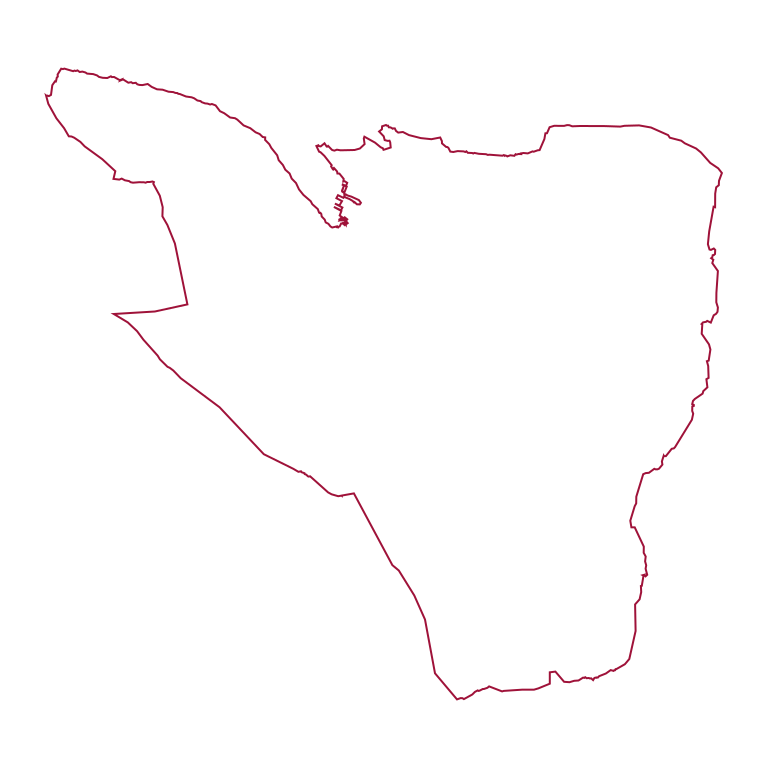 Orkdal nor, Sør-Trøndelag, Norway (Mercator projection), rotated 270°
{"feature_id": "86288312B5608393876733", "entity_name": "Orkdal nor", "entity_type": "district", "adm_level": 2, "iso_a3": "NOR", "parent_name": "Norway", "parent_adm1": "Sør-Trøndelag", "projection": "mercator", "projection_center": [9.781, 63.297], "detail": "fine", "context": "isolated", "style": "outline", "palette": "rose", "viewbox_px": 768, "rotation_deg": 270, "n_neighbors": 0, "source": "geoboundaries", "source_scale": "gbopen_adm2", "svg_char_len": 6085}
<svg xmlns="http://www.w3.org/2000/svg" viewBox="0 0 768 768"><g transform="rotate(270 384 384)"><path d="M454.0,113.8L445.6,127.8L436.8,137.1L428.3,143.4L412.3,157.7L408.7,159.9L401.2,167.5L400.2,169.7L397.5,173.3L389.8,180.7L360.8,219.5L313.8,263.8L299.2,293.3L296.2,298.4L296.7,301.0L295.8,301.5L294.8,304.5L293.9,304.7L293.3,306.3L291.7,307.9L291.4,308.7L291.7,310.1L275.6,328.1L273.7,331.6L271.8,338.2L272.4,341.7L272.1,342.0L272.5,342.1L274.6,353.9L202.8,392.4L197.5,398.8L172.5,414.3L148.5,425.0L94.7,435.0L68.6,457.0L69.9,460.6L69.8,462.5L68.9,463.9L73.5,472.3L76.1,474.9L77.6,477.7L77.1,478.4L77.3,479.5L79.0,482.8L79.0,483.9L80.2,487.4L81.6,489.1L76.6,502.1L77.1,503.7L78.3,521.7L78.3,533.9L79.6,538.3L84.3,549.8L95.7,549.8L96.4,555.4L86.2,564.1L85.8,569.5L87.2,574.2L87.5,578.5L90.4,583.1L90.1,584.3L90.8,585.2L89.8,586.6L90.0,588.8L89.5,590.0L89.7,591.1L87.9,593.1L90.0,594.4L90.4,595.4L90.2,596.3L90.6,596.8L90.4,597.8L91.8,599.1L94.5,605.9L97.9,610.7L97.1,613.6L97.7,614.1L97.8,615.1L98.9,615.6L98.9,616.3L103.8,624.9L109.0,629.3L137.0,635.6L163.6,635.1L168.7,639.6L175.9,641.2L182.0,640.9L182.2,641.8L192.4,643.5L192.8,642.8L193.3,644.5L192.1,644.2L192.2,645.2L191.7,645.6L193.2,647.2L199.3,645.6L202.7,646.2L206.6,645.1L211.5,645.7L215.2,643.7L221.4,643.8L240.7,634.7L240.7,631.4L247.3,630.3L261.8,634.7L264.6,636.2L271.3,636.3L293.8,643.2L294.9,645.7L295.2,648.9L299.2,654.3L298.7,655.5L298.7,657.5L299.3,659.0L303.4,662.4L306.6,661.9L312.3,663.7L311.9,663.9L311.9,665.9L319.2,671.7L319.6,673.8L320.8,675.0L348.3,691.9L354.3,693.2L357.1,692.2L361.6,692.3L362.1,693.8L363.1,693.8L363.9,692.2L367.1,693.0L369.1,694.9L374.4,702.6L376.9,703.3L380.7,707.4L388.8,706.4L390.1,708.6L402.0,708.2L406.8,706.9L407.4,708.7L418.5,710.4L423.6,709.0L434.2,701.7L443.6,702.3L444.0,701.6L445.6,703.0L446.2,706.1L447.1,707.2L445.4,710.8L452.7,713.7L454.2,716.1L456.2,717.5L460.5,717.9L465.7,716.3L475.1,716.4L497.0,717.9L504.9,712.3L508.3,713.3L509.8,711.2L510.8,712.3L512.8,712.7L513.0,713.9L514.0,715.0L518.1,715.2L519.5,713.8L518.1,710.9L518.5,709.5L523.8,707.9L536.6,709.2L561.3,713.6L560.8,715.1L574.4,715.2L580.7,716.2L582.8,718.8L587.2,719.0L595.0,721.9L599.7,718.2L605.1,710.2L615.6,700.9L619.5,696.1L624.7,684.8L627.3,681.3L630.3,669.8L632.9,668.1L640.5,651.0L642.6,639.1L642.2,624.5L641.4,620.3L641.9,605.2L642.0,580.1L641.7,572.2L642.8,569.3L642.9,567.1L642.1,564.0L642.2,554.2L640.8,549.6L634.8,547.0L634.7,545.4L629.0,544.4L617.9,539.6L617.7,537.7L616.3,533.7L616.6,532.5L614.6,527.8L615.0,523.5L614.6,520.9L613.9,521.1L614.0,518.5L613.4,516.5L613.8,515.6L612.2,514.4L612.7,510.3L611.6,507.3L612.1,506.8L612.7,504.5L612.4,504.4L612.9,503.7L612.3,502.5L613.3,489.5L613.1,487.8L613.8,486.0L614.2,478.8L615.1,474.3L614.5,473.2L615.0,472.2L615.2,467.8L616.7,466.4L616.0,465.3L616.6,463.7L616.9,457.6L616.0,453.3L616.4,450.3L620.0,448.5L620.9,447.5L621.1,446.1L624.6,442.0L626.9,441.9L630.5,440.2L628.8,431.4L629.9,420.8L632.9,409.0L636.0,402.9L635.4,398.2L637.1,396.0L639.6,394.8L639.6,393.0L639.3,392.7L640.6,390.6L640.7,388.8L642.3,388.1L642.3,386.9L643.0,386.0L641.7,382.1L638.7,381.9L636.5,379.1L631.7,383.7L627.9,384.7L627.1,387.8L627.3,389.5L625.7,390.2L620.5,390.7L618.5,384.6L618.2,383.5L619.7,382.9L620.8,380.6L625.4,375.0L631.3,364.4L629.5,363.8L623.9,364.6L619.5,359.9L618.0,354.6L617.7,340.5L618.3,336.9L617.4,334.5L617.7,333.1L618.1,332.0L622.1,328.1L621.4,327.4L621.4,326.7L624.7,324.5L621.6,320.7L622.0,318.5L622.7,318.3L622.0,316.4L616.3,319.1L615.8,320.5L612.1,324.4L602.8,331.7L601.6,331.1L599.0,332.7L597.7,333.9L599.1,332.8L600.1,333.9L596.5,337.1L594.5,337.4L594.4,339.4L589.1,343.7L586.5,343.3L586.8,344.6L585.2,347.2L582.1,346.0L583.5,342.8L583.1,342.7L581.4,346.7L575.3,344.3L577.1,342.2L581.7,343.7L577.4,342.0L576.5,342.1L575.0,344.2L572.6,344.4L573.6,345.8L572.5,347.6L571.4,351.3L567.9,358.9L565.2,360.9L563.6,359.8L563.7,356.9L565.9,354.6L566.1,354.2L564.9,354.7L567.1,352.6L568.9,349.6L570.9,344.7L572.0,344.6L570.2,343.4L572.8,338.0L569.8,336.4L566.9,342.0L562.5,339.4L564.4,334.9L560.5,342.4L557.7,341.0L561.1,333.9L557.0,341.4L552.5,339.7L549.7,343.6L550.7,344.7L548.1,348.0L549.1,346.2L547.8,346.0L550.3,341.5L549.7,340.6L548.7,340.7L548.6,339.4L547.7,339.0L548.3,339.7L548.0,340.7L548.1,339.8L547.5,339.5L548.3,343.9L547.8,344.0L547.3,345.7L544.9,347.7L544.4,347.0L545.4,345.4L545.4,344.7L544.6,346.0L543.3,345.9L545.0,344.8L543.2,344.4L544.6,342.6L544.5,341.1L541.6,339.7L541.1,338.2L540.6,338.1L540.8,336.9L541.6,336.9L540.5,332.2L541.6,330.4L544.2,328.4L545.6,325.7L548.4,324.7L551.5,321.7L554.0,321.3L555.2,320.4L555.0,319.5L555.6,319.0L558.9,317.8L563.8,312.3L566.8,310.7L573.1,303.4L578.6,299.0L585.0,296.0L589.4,291.7L594.5,289.6L598.3,285.3L603.0,282.9L607.8,278.7L612.7,277.2L620.1,271.3L623.8,269.3L628.1,265.1L630.6,265.2L631.0,262.7L634.0,259.6L635.7,255.6L639.8,250.3L642.6,243.6L648.4,237.3L649.8,235.0L650.5,230.1L654.8,224.2L656.8,220.0L662.6,215.6L664.0,211.9L663.5,210.1L664.4,207.5L664.6,205.1L665.9,201.6L666.9,200.6L667.5,197.4L669.7,194.2L670.7,191.6L671.5,186.0L674.0,179.8L674.2,178.2L674.9,177.5L675.1,175.3L675.9,173.3L676.3,168.5L678.3,162.6L678.7,157.0L681.1,151.7L684.0,147.7L682.9,142.4L683.1,139.3L683.7,137.3L685.2,135.8L684.8,132.7L685.8,131.2L685.3,128.3L688.6,123.1L687.6,120.6L688.3,121.1L687.9,120.1L688.2,119.1L691.0,114.1L690.9,111.9L691.7,110.9L690.0,107.3L690.2,102.7L691.1,99.0L692.6,97.0L693.9,93.2L694.4,87.1L695.5,85.5L696.4,82.4L696.0,79.7L697.6,77.5L697.0,75.8L697.4,74.4L696.8,73.2L699.4,64.3L698.9,63.0L699.3,61.2L693.5,57.6L691.4,57.8L690.4,56.8L686.8,56.0L686.4,55.8L686.7,55.0L682.8,52.3L673.1,51.0L671.9,48.9L672.4,47.2L671.9,46.7L672.4,46.1L664.2,48.3L649.7,56.4L639.8,64.1L631.7,68.8L631.5,71.5L630.3,74.2L626.1,80.4L621.6,84.7L608.8,102.3L596.8,115.3L589.1,113.5L588.4,119.3L589.4,121.7L587.7,124.9L586.9,129.1L585.8,130.6L585.3,133.0L585.8,139.2L585.7,144.0L585.3,145.6L586.0,147.2L586.0,149.7L586.5,152.5L585.9,153.9L584.2,153.3L572.3,159.8L560.8,162.7L551.7,162.4L543.0,167.4L524.5,174.9L463.6,187.4L456.5,154.9L454.0,113.8Z" fill="none" stroke="#9f1239" stroke-width="2"/></g></svg>